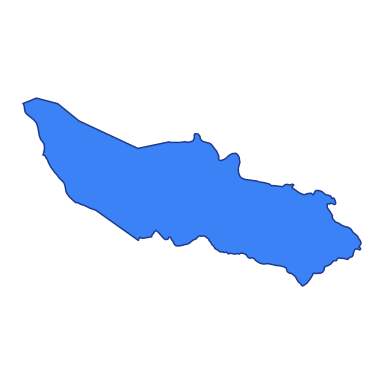 Escap, Micoud, Saint Lucia (Natural Earth projection)
{"feature_id": "8701671B28478396095564", "entity_name": "Escap", "entity_type": "district", "adm_level": 2, "iso_a3": "LCA", "parent_name": "Saint Lucia", "parent_adm1": "Micoud", "projection": "natural_earth1", "projection_center": [-60.899, 13.831], "detail": "fine", "context": "isolated", "style": "filled", "palette": "blue", "viewbox_px": 384, "rotation_deg": 0, "n_neighbors": 0, "source": "geoboundaries", "source_scale": "gbopen_adm2", "svg_char_len": 5768}
<svg xmlns="http://www.w3.org/2000/svg" viewBox="0 0 384 384"><path d="M138.4,240.3L138.5,239.7L139.2,238.2L139.5,237.7L140.0,237.3L141.3,238.1L143.4,238.2L145.6,237.9L147.1,237.5L148.7,237.3L151.6,236.8L152.2,234.6L153.0,234.1L154.2,232.3L154.6,231.7L155.7,230.6L156.8,231.0L158.6,232.6L161.8,236.3L163.3,237.9L164.6,239.1L165.4,239.5L167.2,239.4L167.7,239.3L168.4,238.3L169.0,237.1L169.6,236.8L170.2,237.1L171.2,238.8L171.5,239.4L172.5,240.9L173.1,241.5L173.9,243.6L175.7,245.6L177.3,246.0L180.9,245.7L182.7,245.2L183.5,245.0L184.5,244.5L185.6,244.5L188.2,243.8L190.2,242.6L190.5,242.1L191.3,241.6L192.2,240.8L192.9,240.3L195.2,239.1L195.6,239.0L196.1,239.0L197.2,237.4L198.2,236.8L199.4,235.8L200.0,235.7L200.8,236.2L202.3,236.2L203.7,235.7L205.7,236.8L207.5,238.2L208.8,239.2L209.1,240.2L209.1,240.7L210.6,241.9L211.3,243.6L212.1,244.8L213.4,245.8L214.6,247.5L214.8,248.2L215.9,249.2L217.9,250.1L218.5,250.8L219.7,251.7L221.1,252.0L223.1,251.8L223.5,252.3L224.6,252.5L226.4,252.1L228.1,253.7L228.8,253.9L229.9,253.2L233.7,253.9L234.5,254.1L236.5,253.9L237.0,253.6L237.7,253.6L239.0,254.1L239.6,253.8L240.7,253.2L242.0,253.2L243.1,253.3L245.9,254.5L248.4,257.7L249.5,258.0L250.6,258.3L251.3,257.9L252.6,257.7L255.1,259.6L255.4,260.2L257.2,261.6L260.1,263.2L261.1,263.4L261.7,263.7L263.3,264.0L265.0,264.0L266.7,263.6L268.2,263.7L272.7,264.6L275.5,265.3L280.3,265.9L281.2,266.0L285.1,267.3L286.3,268.2L286.7,269.6L286.8,270.5L287.5,271.8L289.1,273.0L291.0,273.5L291.7,273.5L294.6,275.9L295.5,276.7L295.7,277.2L297.0,279.6L297.8,281.1L298.9,282.3L300.1,283.1L301.8,285.5L302.4,285.9L303.5,285.6L306.8,283.2L309.8,279.5L311.7,276.5L313.1,273.8L313.7,273.1L315.8,273.5L317.4,273.4L318.4,273.0L319.5,273.4L320.6,273.2L322.7,272.0L323.9,270.3L324.2,269.1L324.3,267.6L324.6,267.0L326.7,266.0L328.0,265.6L330.7,264.1L332.3,262.3L333.3,261.0L333.9,260.7L336.2,260.7L336.6,260.3L337.2,258.9L338.2,258.0L339.2,257.8L340.2,258.3L343.9,258.4L346.8,259.3L347.6,259.3L348.4,258.9L349.0,257.9L349.7,257.4L350.7,257.2L351.5,256.9L352.3,256.5L353.0,255.3L353.2,254.8L353.2,253.8L353.9,251.6L354.2,250.8L354.6,249.9L355.3,249.1L356.8,249.0L358.3,249.3L359.3,249.9L359.7,249.9L360.4,249.5L360.6,248.9L360.1,247.8L359.0,247.2L358.9,246.9L358.9,246.5L359.9,245.6L360.4,244.7L361.0,243.3L360.7,241.7L359.7,239.8L358.6,238.6L358.1,237.1L356.8,235.4L355.4,234.3L353.2,232.5L351.9,230.7L351.3,229.5L350.5,228.8L348.2,227.3L346.6,226.9L344.6,226.5L342.0,225.4L339.2,223.5L336.7,222.4L335.7,222.1L334.3,220.7L332.8,218.8L332.2,217.7L332.4,216.4L332.5,216.0L331.9,214.6L330.0,211.5L327.6,208.2L327.2,207.3L327.2,204.5L327.4,203.8L328.5,203.8L329.5,204.1L330.9,203.1L332.0,203.4L334.1,204.5L334.8,204.5L335.5,203.8L335.7,202.6L335.1,200.5L334.5,199.1L333.7,198.1L333.0,198.1L332.5,198.4L332.3,198.6L331.7,198.2L331.2,196.9L330.5,196.1L329.9,195.7L327.8,195.1L326.6,194.9L325.1,194.3L323.3,192.7L321.7,191.5L320.1,190.9L319.2,190.6L317.6,190.6L316.8,190.3L316.0,190.6L315.1,191.2L314.0,193.5L313.5,194.5L313.1,194.8L311.1,193.2L309.0,193.4L306.6,193.8L304.6,194.7L303.4,194.6L299.7,193.0L298.0,191.9L294.3,189.3L291.8,187.4L291.9,187.0L293.6,185.3L293.6,184.7L292.6,184.3L291.7,184.3L290.5,184.9L289.0,184.9L287.5,184.4L286.2,184.4L284.8,184.9L282.9,186.6L281.1,186.5L275.4,185.8L273.1,185.6L271.6,185.7L270.5,185.0L268.9,183.8L267.2,183.5L264.7,182.8L262.7,182.4L259.3,182.0L256.8,181.0L247.0,179.7L245.3,179.5L242.1,178.3L240.1,176.7L238.5,172.5L238.3,168.1L239.9,162.4L239.1,157.3L237.5,154.5L235.8,153.3L232.2,153.6L229.0,155.4L225.9,158.4L222.7,160.0L220.7,160.5L219.1,160.0L218.4,158.2L218.9,157.0L218.5,155.4L216.6,151.2L211.2,144.3L209.2,143.1L204.7,142.0L202.5,141.3L200.3,139.0L199.9,136.2L198.2,134.1L195.2,133.6L194.2,134.8L194.4,138.3L192.8,141.0L188.1,142.4L185.1,141.7L180.5,142.4L170.5,142.4L169.0,141.9L137.8,148.4L78.8,120.8L57.9,103.8L36.4,98.1L23.0,103.5L23.2,103.9L23.5,104.3L23.8,104.8L23.8,105.0L24.0,105.4L24.0,105.6L24.1,106.0L24.3,106.6L24.4,107.2L24.4,107.4L24.4,107.9L24.4,108.1L24.4,108.3L24.5,108.5L24.5,108.9L24.6,109.2L24.6,109.5L24.7,109.9L24.8,110.4L24.9,111.0L25.1,111.5L25.3,112.2L25.4,112.4L25.7,112.9L26.0,113.2L26.1,113.4L26.4,113.7L26.7,114.0L26.8,114.1L27.0,114.3L27.3,114.6L27.8,115.0L28.1,115.2L28.5,115.6L29.0,116.0L29.4,116.3L29.7,116.5L29.9,116.7L30.9,117.5L31.2,117.8L31.7,118.1L31.9,118.3L32.0,118.4L32.3,118.6L32.7,118.8L33.1,119.2L33.8,119.8L34.0,120.1L34.9,121.0L35.2,121.3L35.4,121.6L35.5,121.8L35.7,122.0L35.8,122.1L35.9,122.3L36.0,122.5L36.3,122.9L36.4,123.0L36.6,123.4L36.8,123.8L36.9,124.2L37.2,125.0L37.4,125.8L37.5,126.3L37.7,127.0L37.8,127.4L38.0,128.2L38.1,128.9L38.2,129.6L38.3,129.8L38.4,130.5L38.5,131.1L38.6,131.5L38.7,132.0L38.8,132.4L38.8,132.9L38.9,133.1L39.0,134.0L39.0,134.3L39.1,134.5L39.1,134.9L39.2,135.2L39.2,135.4L39.4,135.8L39.5,136.2L39.5,136.4L39.6,136.6L39.8,137.0L39.9,137.4L40.0,137.8L40.1,138.0L40.3,138.4L40.4,138.6L40.7,139.2L40.8,139.4L41.0,139.8L41.3,140.1L41.5,140.4L41.9,140.9L42.3,141.4L42.4,141.6L42.5,141.7L42.8,142.1L43.0,142.4L43.3,142.7L43.4,142.9L43.6,143.5L43.8,144.0L44.0,144.5L44.2,145.1L44.3,145.5L44.4,145.8L44.4,146.1L44.4,146.3L44.4,146.5L44.4,147.3L44.4,147.6L44.4,147.8L44.4,148.1L44.4,148.3L44.4,148.9L44.3,149.2L44.3,149.4L44.3,149.6L44.3,150.0L44.1,150.5L44.0,151.2L43.9,151.5L43.8,152.2L43.7,152.6L43.6,152.8L43.6,153.0L43.5,153.4L43.4,153.7L43.4,153.9L43.3,154.2L43.3,154.4L43.2,154.5L43.0,154.9L44.0,155.2L45.4,156.1L45.8,157.4L47.2,159.3L47.9,160.8L48.6,163.0L49.8,165.0L50.7,166.9L52.5,169.4L54.6,172.2L57.2,175.2L59.3,178.0L62.4,181.1L63.9,182.8L64.9,185.4L65.4,187.9L65.9,191.3L67.0,193.7L69.4,196.9L73.0,200.3L75.5,202.5L78.2,202.9L80.6,204.3L83.5,205.1L86.8,206.6L90.2,208.3L92.7,209.2L95.6,210.1L138.2,240.3L138.4,240.3Z" fill="#3b82f6" stroke="#1e3a8a" stroke-width="1.5"/></svg>